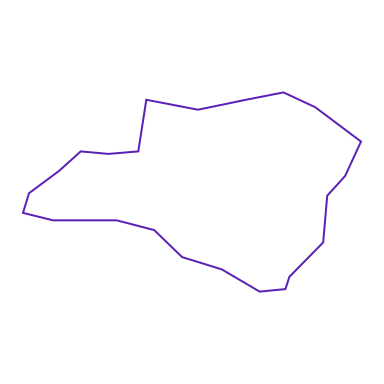 the border of Xewkija
{"feature_id": "MLT-5986", "entity_name": "Xewkija", "entity_type": "state/province", "adm_level": 1, "iso_a3": "MLT", "parent_name": "Malta", "parent_adm1": "", "projection": "orthographic", "projection_center": [14.26, 36.029], "detail": "fine", "context": "isolated", "style": "outline", "palette": "violet", "viewbox_px": 384, "rotation_deg": 0, "n_neighbors": 0, "source": "natural_earth", "source_scale": "10m", "svg_char_len": 406}
<svg xmlns="http://www.w3.org/2000/svg" viewBox="0 0 384 384"><path d="M23.0,212.9L29.0,193.2L58.8,171.1L80.7,151.4L108.5,153.9L138.3,151.4L146.3,99.8L198.0,109.7L245.7,99.8L283.4,92.4L315.2,107.2L361.0,141.6L345.1,176.0L327.2,195.7L323.2,242.4L289.4,276.8L285.4,289.1L259.6,291.6L221.8,269.4L182.1,257.1L154.2,230.1L116.5,220.3L52.8,220.3L23.0,212.9Z" fill="none" stroke="#5b21b6" stroke-width="2"/></svg>